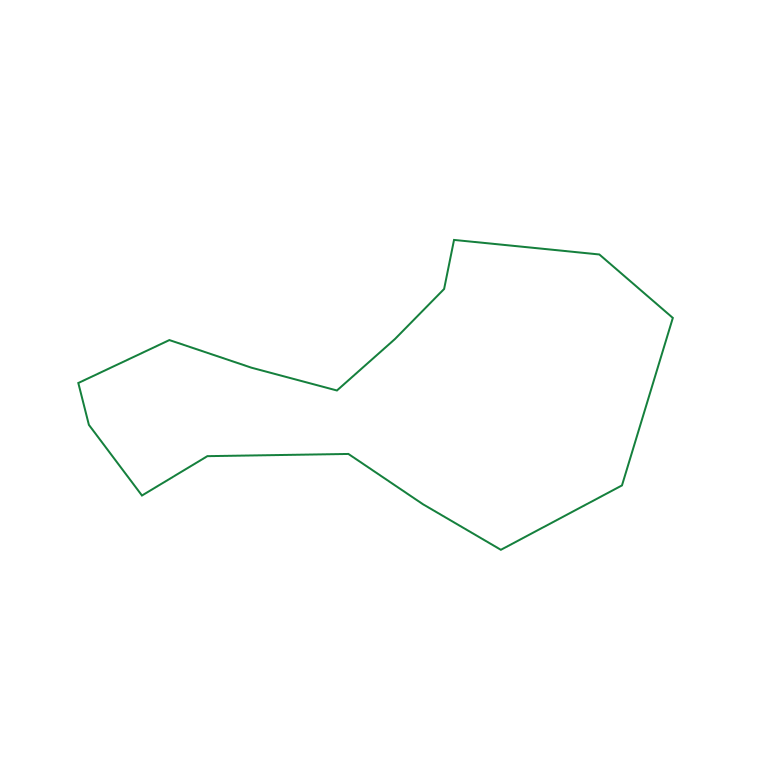 Al Muḩarraq, Mercator projection, rotated 124°
{"feature_id": "BHR-4930", "entity_name": "Al Muḩarraq", "entity_type": "Governorate", "adm_level": 1, "iso_a3": "BHR", "parent_name": "Bahrain", "parent_adm1": "", "projection": "mercator", "projection_center": [50.643, 26.245], "detail": "fine", "context": "isolated", "style": "outline", "palette": "green", "viewbox_px": 768, "rotation_deg": 124, "n_neighbors": 0, "source": "natural_earth", "source_scale": "10m", "svg_char_len": 370}
<svg xmlns="http://www.w3.org/2000/svg" viewBox="0 0 768 768"><g transform="rotate(124 384 384)"><path d="M167.7,181.5L335.0,130.0L456.1,194.4L461.9,284.4L461.9,374.4L542.6,490.1L611.8,522.3L582.9,605.8L554.1,638.0L467.6,586.5L444.6,503.0L415.7,419.4L340.7,400.1L271.6,387.3L225.4,406.5L156.2,277.9L167.7,181.5Z" fill="none" stroke="#15803d" stroke-width="2"/></g></svg>